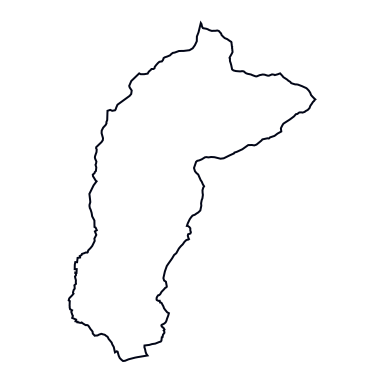 outline of Halmagel, Arad, Romania
{"feature_id": "2599482B92000052387360", "entity_name": "Halmagel", "entity_type": "district", "adm_level": 2, "iso_a3": "ROU", "parent_name": "Romania", "parent_adm1": "Arad", "projection": "robinson", "projection_center": [22.664, 46.307], "detail": "fine", "context": "isolated", "style": "outline", "palette": "ink", "viewbox_px": 384, "rotation_deg": 0, "n_neighbors": 0, "source": "geoboundaries", "source_scale": "gbopen_adm2", "svg_char_len": 5808}
<svg xmlns="http://www.w3.org/2000/svg" viewBox="0 0 384 384"><path d="M281.3,131.5L281.3,131.3L281.1,130.2L280.9,128.3L281.7,126.6L282.9,124.4L283.5,123.6L286.1,121.9L289.4,119.8L291.2,118.5L294.0,116.4L295.9,114.2L297.5,113.9L298.7,112.8L299.7,112.4L301.6,112.4L302.5,112.6L304.7,111.9L305.4,111.2L307.8,109.9L309.5,108.1L310.4,105.7L311.5,104.2L313.0,101.9L314.2,100.8L314.5,100.1L315.3,99.4L314.6,98.8L312.6,96.8L311.1,95.1L310.7,94.1L310.2,92.7L308.8,90.6L307.4,89.1L306.8,88.5L305.9,87.9L304.7,87.4L302.1,86.2L300.8,85.7L297.9,84.6L296.3,84.4L295.2,84.4L292.9,83.7L291.2,83.1L290.3,81.9L288.2,80.6L287.6,80.0L286.7,79.3L283.4,77.2L282.4,75.9L280.1,73.4L277.7,74.3L274.8,75.1L274.1,74.7L272.8,74.5L272.0,74.4L268.9,75.7L268.0,75.7L266.5,75.3L264.7,74.7L262.7,74.5L260.9,74.9L259.8,75.1L256.7,76.4L255.5,76.3L253.3,75.5L252.0,75.0L251.3,74.6L250.1,74.3L249.1,74.1L248.0,73.9L247.0,73.6L246.2,73.3L245.5,72.9L244.6,72.1L243.9,71.5L243.6,71.3L243.2,71.3L242.5,71.2L242.0,71.1L241.3,71.3L240.0,71.4L236.3,71.1L235.6,71.0L233.4,70.4L232.1,69.4L231.7,67.4L231.2,65.0L230.6,62.9L230.0,61.2L229.9,59.7L230.0,58.7L229.5,57.9L230.3,56.3L231.6,54.0L232.5,52.2L232.5,51.0L232.3,50.2L232.3,49.0L232.0,48.0L232.2,46.8L231.9,46.3L231.8,45.6L231.7,44.4L231.6,44.0L231.5,42.9L231.5,42.4L231.2,41.8L230.6,41.5L229.0,40.4L227.2,39.1L225.2,38.3L224.6,38.0L223.2,36.7L222.4,35.9L221.5,34.9L221.1,33.5L219.7,32.0L219.0,31.1L218.0,30.7L217.1,30.5L216.2,30.7L215.3,30.8L214.4,30.8L213.4,30.8L212.5,30.9L211.7,30.9L210.2,30.4L209.2,30.1L208.3,29.5L207.4,29.2L206.9,28.9L204.4,28.4L203.5,28.3L202.8,28.0L202.6,27.5L202.2,27.0L201.7,25.3L201.6,24.6L201.5,24.1L200.8,23.0L198.5,32.4L196.9,36.5L196.8,41.2L194.9,45.2L192.7,48.3L189.5,50.2L183.8,50.9L179.0,51.0L174.6,52.6L172.8,52.9L171.2,54.1L170.1,55.3L167.3,56.5L164.6,57.4L163.6,58.1L163.1,59.8L161.9,61.4L159.4,61.8L158.0,63.0L156.2,65.0L155.6,65.8L154.8,66.8L154.5,68.3L153.4,69.0L151.5,69.0L150.5,70.2L149.7,70.8L148.7,71.8L147.7,73.6L144.1,74.2L140.7,74.2L139.2,73.4L131.3,81.0L129.2,85.9L129.7,87.5L131.7,90.5L131.2,94.0L129.6,95.9L117.5,104.7L116.3,107.4L115.6,109.5L115.0,110.3L112.2,110.8L110.2,109.9L107.5,110.8L107.2,120.1L106.4,122.1L106.5,123.3L105.7,124.9L103.2,127.6L101.7,130.6L101.6,133.2L103.0,138.2L102.8,140.2L101.5,142.1L96.2,147.2L96.1,148.3L96.7,149.4L96.5,152.1L95.8,154.0L95.0,156.4L94.9,157.7L95.3,159.1L96.4,161.5L96.0,163.7L95.5,164.8L96.3,167.4L95.9,171.0L94.8,172.1L94.5,173.2L92.8,174.6L93.0,176.2L94.3,178.3L95.7,180.6L96.6,181.3L93.6,185.3L89.4,193.9L90.1,199.9L90.3,202.1L89.5,204.9L89.5,206.2L89.9,208.3L90.5,209.3L91.6,212.8L92.2,216.4L94.4,220.5L94.5,227.0L95.6,227.6L96.7,230.0L96.8,230.2L94.9,231.4L95.1,231.9L96.3,234.9L94.4,238.6L94.7,240.9L92.2,246.0L90.4,248.2L88.4,250.2L87.9,251.3L87.7,252.3L87.3,252.6L85.7,252.5L84.7,253.0L83.6,253.4L82.0,253.9L81.5,255.1L79.8,256.0L80.1,257.2L80.1,257.5L77.6,257.9L77.1,262.2L75.3,262.1L74.8,264.7L74.7,269.1L76.7,269.1L76.5,272.8L75.3,272.6L75.3,273.2L76.0,273.4L75.9,275.4L75.6,275.7L75.0,276.5L75.2,277.7L75.9,280.2L75.8,282.5L76.0,283.8L74.4,285.3L74.6,286.5L74.7,288.7L73.8,289.7L73.2,291.6L73.0,292.6L73.2,293.3L73.5,293.7L73.3,293.9L73.1,294.1L72.7,294.7L72.6,294.8L71.6,295.9L70.0,297.5L69.6,297.9L69.1,298.8L68.7,300.4L69.8,301.1L69.7,302.2L69.6,305.7L69.7,306.5L69.7,307.7L70.1,309.2L70.4,309.2L71.0,309.8L72.1,310.3L71.3,311.9L72.3,314.8L72.9,315.9L72.2,317.9L76.1,319.6L75.5,321.3L77.5,321.7L77.4,322.3L78.8,322.5L80.0,322.8L81.1,322.9L81.7,322.5L83.1,323.6L85.6,325.1L86.0,325.2L86.8,325.0L87.8,325.3L88.4,325.8L89.4,327.3L90.6,329.2L91.9,330.7L92.6,331.7L92.7,333.0L92.8,333.6L94.2,335.1L94.7,335.7L95.9,335.5L96.5,335.5L97.1,335.5L97.7,335.4L98.3,335.0L98.9,334.7L99.9,334.3L100.7,334.1L101.0,333.9L101.7,333.9L102.3,334.1L103.1,334.4L104.2,334.6L105.1,335.0L106.4,336.1L107.5,336.7L108.2,338.0L108.5,338.7L109.0,339.4L109.7,340.2L111.0,341.8L111.7,342.6L111.9,343.5L112.5,344.8L113.4,346.3L113.8,347.1L114.8,351.7L115.0,352.4L116.7,351.3L117.6,351.7L118.7,355.7L119.8,358.1L121.6,359.9L123.0,361.0L125.0,360.8L128.6,359.3L135.2,357.6L137.3,357.2L147.5,355.5L146.3,353.8L145.6,351.9L145.1,349.4L144.4,347.2L144.5,345.5L149.4,344.9L152.0,344.1L155.3,343.6L159.3,342.0L160.7,341.6L161.4,340.7L161.8,337.3L162.5,337.2L163.0,334.7L164.4,332.8L164.3,331.9L164.2,331.0L163.7,330.5L164.5,329.5L163.3,327.6L162.6,327.4L161.5,326.0L161.4,325.5L161.6,324.9L164.2,323.6L165.6,322.4L166.5,320.6L166.9,319.1L167.3,318.0L168.2,315.7L168.9,313.2L167.2,312.3L165.2,309.9L164.0,308.2L163.4,306.4L162.2,304.2L161.5,302.9L160.9,302.6L160.1,302.5L159.9,301.5L159.7,300.8L158.5,300.9L156.9,300.1L156.6,299.7L156.6,298.0L157.1,296.8L158.0,295.5L158.3,295.2L159.2,295.1L160.2,294.2L161.5,291.9L164.0,289.3L165.2,287.9L166.5,287.2L166.8,286.4L165.9,281.7L164.1,280.5L163.4,278.1L164.4,273.6L164.9,271.4L166.8,266.0L168.5,263.5L172.1,258.4L174.1,255.0L176.3,253.2L178.9,248.5L180.9,246.1L182.7,244.4L184.5,241.8L186.4,240.0L188.5,239.5L189.0,239.1L188.5,238.2L187.8,235.8L188.1,234.3L190.4,233.5L190.9,232.2L190.3,230.5L190.3,228.3L189.4,227.1L187.9,226.0L186.9,225.9L187.8,223.3L189.7,219.3L191.0,217.4L192.5,215.6L194.9,214.7L196.4,213.6L198.2,212.5L200.3,210.5L201.3,205.8L201.1,203.3L201.7,200.1L202.4,198.4L202.9,194.9L202.6,192.9L202.5,190.2L203.3,187.5L204.1,186.3L202.9,184.4L201.7,181.6L200.7,180.2L198.2,174.5L196.5,173.1L195.0,171.3L194.0,168.0L195.1,164.8L196.1,161.8L197.3,160.8L199.2,160.4L201.8,159.3L205.0,157.3L206.5,157.1L207.8,157.3L208.5,157.4L211.1,157.0L214.5,157.2L220.5,158.7L223.7,158.3L229.8,155.3L234.0,153.4L234.4,152.6L236.9,151.8L240.1,150.3L242.3,149.3L245.8,146.8L248.2,145.1L251.9,145.0L254.3,145.4L256.5,144.6L261.4,140.6L262.4,139.4L267.4,138.3L268.5,138.5L269.1,138.4L270.0,137.4L274.5,135.9L277.5,133.6L281.3,131.5Z" fill="none" stroke="#020617" stroke-width="2"/></svg>